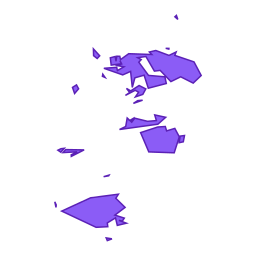 Raja Ampat, Papua Barat, Indonesia (Albers equal-area conic projection)
{"feature_id": "22746128B90221566890304", "entity_name": "Raja Ampat", "entity_type": "district", "adm_level": 2, "iso_a3": "IDN", "parent_name": "Indonesia", "parent_adm1": "Papua Barat", "projection": "albers", "projection_center": [130.461, -0.827], "detail": "medium", "context": "isolated", "style": "filled", "palette": "violet", "viewbox_px": 256, "rotation_deg": 0, "n_neighbors": 0, "source": "geoboundaries", "source_scale": "gbopen_adm2", "svg_char_len": 1844}
<svg xmlns="http://www.w3.org/2000/svg" viewBox="0 0 256 256"><path d="M141.2,59.6L137.7,57.7L145.9,56.5L154.4,71.1L160.2,70.4L170.9,81.6L180.7,76.8L193.2,83.1L201.2,75.5L194.0,61.9L174.8,55.4L176.1,52.0L169.0,55.4L155.8,50.5L149.4,52.0L151.8,54.5L128.7,53.7L120.5,59.6L119.8,56.3L116.8,56.2L116.0,61.3L115.2,56.5L110.3,57.8L111.2,65.1L121.2,63.8L120.0,60.7L121.7,64.0L117.5,65.6L123.9,66.8L117.4,70.6L116.7,67.3L103.9,68.3L122.7,74.9L130.6,71.4L132.3,87.4L134.9,77.8L144.1,75.2L148.3,88.2L166.3,83.5L164.9,76.8L148.5,75.4L138.8,62.2L141.2,59.6ZM118.4,194.2L90.6,197.8L61.7,211.1L96.1,227.3L107.8,226.7L107.3,222.9L115.5,217.9L117.3,225.4L126.4,223.2L118.9,220.4L122.4,221.0L124.3,218.1L114.9,215.1L125.1,207.4L115.8,198.3L118.4,194.2ZM174.2,152.8L179.3,136.8L174.8,128.4L166.6,130.9L165.3,126.5L157.7,127.0L140.6,132.6L148.8,151.9L174.2,152.8ZM165.7,117.3L154.7,114.9L156.4,120.6L147.5,121.3L134.8,118.2L131.7,122.2L127.2,118.0L125.7,126.5L119.5,129.5L157.9,124.2L165.7,117.3ZM139.1,85.5L130.7,90.9L126.5,88.4L129.7,92.5L125.4,95.4L135.2,90.3L138.6,92.2L135.4,96.9L142.8,94.4L145.8,88.9L139.1,85.5ZM84.1,149.9L65.7,149.6L63.0,152.6L77.1,151.8L71.2,154.8L71.3,156.4L84.1,149.9ZM76.5,84.9L72.5,87.4L74.6,93.5L78.6,88.8L76.5,84.9ZM179.2,142.7L183.3,141.8L184.5,135.5L180.1,136.1L179.2,142.7ZM99.7,55.8L93.4,48.9L93.6,55.7L97.2,58.5L99.7,55.8ZM64.3,148.3L61.0,148.7L57.9,150.2L60.8,152.2L64.3,148.3ZM177.8,19.4L176.4,15.4L174.9,16.8L177.8,19.4ZM142.6,100.2L137.7,100.6L133.4,103.4L142.6,100.2ZM105.1,77.5L102.8,74.2L102.4,76.3L105.1,77.5ZM106.2,237.9L107.3,240.6L111.4,239.1L111.3,238.7L106.2,237.9ZM56.2,204.9L54.8,201.8L56.0,207.4L56.2,204.9ZM133.3,118.4L129.9,120.4L132.2,121.1L133.3,118.4ZM165.7,48.3L168.8,49.1L168.9,48.4L165.7,48.3ZM103.6,176.7L108.7,175.8L109.1,175.1L103.6,176.7Z" fill="#8b5cf6" stroke="#5b21b6" stroke-width="1.5"/></svg>